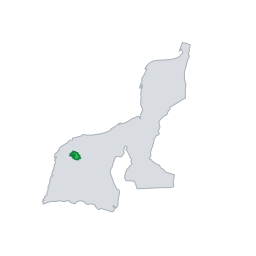 Rapale, Nampula, Mozambique (highlighted), rotated 198°
{"feature_id": "85939544B86182788788384", "entity_name": "Rapale", "entity_type": "district", "adm_level": 2, "iso_a3": "MOZ", "parent_name": "Mozambique", "parent_adm1": "Nampula", "projection": "orthographic", "projection_center": [39.169, -15.142], "detail": "fine", "context": "in_parent", "style": "filled", "palette": "green", "viewbox_px": 256, "rotation_deg": 198, "n_neighbors": 0, "source": "geoboundaries", "source_scale": "gbopen_adm2", "svg_char_len": 5901}
<svg xmlns="http://www.w3.org/2000/svg" viewBox="0 0 256 256"><g transform="rotate(198 128 128)"><path d="M82.7,174.1L84.2,172.8L94.1,161.0L94.7,160.5L93.8,158.6L95.0,156.4L95.1,152.9L95.5,152.3L97.0,151.1L99.1,147.5L100.3,144.7L100.5,143.3L98.3,139.6L97.7,137.6L98.2,135.8L98.4,134.2L98.1,133.6L96.8,133.0L96.6,132.3L96.6,131.4L96.8,130.9L98.3,130.1L98.6,129.7L99.7,125.2L99.1,121.9L99.0,118.1L99.2,114.1L99.0,111.9L97.9,109.4L97.7,107.5L98.4,106.2L98.5,105.5L96.1,105.1L94.9,104.1L90.3,102.5L86.9,102.4L83.9,99.9L81.6,99.6L78.6,97.8L69.5,97.8L69.2,97.6L68.6,92.0L68.2,90.1L67.0,88.2L66.6,86.8L66.7,85.9L71.6,83.6L81.5,80.3L83.7,79.3L100.5,73.0L101.0,73.3L102.8,76.2L105.7,79.5L106.4,79.0L110.5,78.4L111.1,77.9L112.3,77.6L113.7,77.4L114.2,77.6L115.8,79.6L116.4,83.5L116.5,86.1L116.4,88.0L115.2,90.2L114.4,93.0L113.1,94.5L113.2,95.2L114.7,96.8L115.0,97.4L114.9,98.9L115.2,99.4L116.5,100.3L117.5,101.6L121.3,105.5L122.2,106.2L123.0,106.3L123.3,107.1L123.2,108.0L122.6,108.5L122.8,109.3L123.5,109.8L125.2,109.7L125.4,109.4L125.3,106.0L124.6,104.0L123.9,103.0L125.2,99.2L126.0,98.2L128.8,97.7L130.0,97.4L130.5,96.9L130.9,95.7L131.2,92.3L131.3,89.2L131.0,87.4L131.3,84.6L131.9,82.9L131.6,82.5L131.3,80.2L124.2,71.0L120.2,67.0L119.5,66.6L117.3,66.2L116.2,64.7L115.1,56.4L113.5,50.5L115.7,46.4L116.4,43.9L116.9,43.5L118.9,43.3L125.8,43.2L127.5,43.4L128.3,43.2L130.1,41.6L131.6,41.6L133.6,42.6L134.7,43.4L134.9,44.2L136.3,44.6L138.8,44.6L140.6,44.2L141.7,43.3L142.9,42.9L144.2,42.8L145.1,43.1L145.8,43.7L147.0,44.2L148.8,44.5L150.8,44.0L152.9,42.9L154.2,41.7L154.8,39.7L155.2,39.5L158.2,39.2L159.9,39.6L162.0,40.8L165.5,38.6L167.8,37.9L169.9,37.9L171.7,37.3L173.1,36.3L174.6,35.6L177.6,34.8L179.6,33.7L185.2,29.5L185.8,30.7L186.9,31.9L185.5,33.1L186.8,33.9L185.8,35.1L185.7,35.9L186.1,36.7L185.5,38.1L184.7,39.1L184.5,39.9L185.2,41.3L184.8,43.8L185.9,48.0L185.6,49.3L185.8,52.6L185.4,53.8L186.1,54.2L186.5,55.5L186.1,57.8L184.9,58.8L184.8,59.7L186.3,59.7L186.3,62.6L186.1,63.4L186.4,64.4L186.0,65.5L186.5,70.1L186.5,73.4L186.6,73.9L187.9,74.5L187.9,75.4L187.0,76.6L187.1,78.4L188.0,77.0L188.6,77.0L189.1,77.6L189.1,79.6L189.4,80.6L189.3,81.4L187.7,83.1L187.6,84.7L187.0,84.9L186.7,85.3L187.1,86.2L187.1,87.1L186.0,89.6L180.8,95.7L180.7,96.7L179.3,98.6L177.9,98.9L177.1,99.4L177.7,101.1L170.8,105.4L170.1,106.0L169.0,107.6L166.7,108.4L164.2,108.5L163.8,108.8L158.2,110.8L157.1,111.8L154.7,112.7L151.0,114.8L147.9,116.9L144.5,119.9L144.0,121.6L142.4,123.7L140.0,126.3L138.6,128.4L138.5,129.3L137.6,129.6L136.9,128.7L136.6,130.4L136.0,130.6L135.3,130.2L132.3,132.1L130.0,134.2L126.9,138.2L122.3,142.1L121.2,142.2L119.7,140.9L118.9,140.8L120.1,142.2L120.1,145.4L119.6,149.2L119.7,150.0L123.0,153.9L124.6,158.6L124.8,161.0L126.4,164.0L127.2,168.6L127.2,172.9L127.9,173.5L128.2,172.9L128.2,170.2L128.6,169.5L129.1,169.6L129.5,171.0L129.7,172.6L129.2,175.9L129.4,177.3L130.2,179.5L129.4,182.2L128.2,189.5L128.5,190.0L129.2,190.1L129.5,189.3L129.9,189.3L130.1,189.8L129.6,192.7L129.1,193.9L127.2,197.0L126.1,198.4L124.4,199.7L120.2,201.8L112.0,204.9L106.8,207.3L102.8,210.1L101.0,212.0L100.4,214.1L99.1,216.3L100.4,218.1L102.0,219.4L102.6,217.2L103.0,217.1L102.7,226.2L97.1,226.5L95.4,226.2L94.5,226.3L94.2,222.6L93.4,219.8L93.5,217.7L93.4,216.7L92.2,216.0L91.7,213.8L92.3,212.1L91.6,198.3L89.2,191.6L86.2,186.9L85.9,184.5L84.4,179.1L82.7,174.1ZM117.3,49.8L118.0,49.4L118.1,48.8L117.7,48.4L117.2,48.5L117.1,49.6L117.3,49.8ZM116.8,48.6L116.2,48.1L115.8,48.2L115.6,48.7L116.1,49.2L116.6,49.2L116.8,48.6Z" fill="#d9dde1" stroke="#a8b0b8" stroke-width="1"/><path d="M175.0,84.0L174.9,84.0L174.9,83.9L174.7,83.9L174.2,83.9L173.9,83.9L173.8,84.0L173.7,84.0L173.5,83.9L173.4,83.9L173.3,84.0L173.2,84.0L173.1,83.9L172.9,84.0L172.6,83.9L172.4,83.9L172.2,83.8L172.0,83.7L171.9,83.4L171.7,83.3L171.4,83.3L171.4,83.2L171.1,82.9L171.0,82.7L170.9,82.7L170.7,82.7L170.6,82.4L170.4,82.5L170.2,82.6L169.9,82.5L169.9,82.4L169.7,82.2L169.4,82.2L169.2,82.0L168.9,82.2L168.8,82.3L168.7,82.4L168.4,82.4L168.2,82.3L168.0,82.2L168.0,82.3L167.9,82.3L167.6,82.4L167.4,82.4L167.1,82.5L167.0,82.4L166.9,82.3L166.7,82.4L166.5,82.5L166.4,82.4L166.1,82.4L165.9,82.4L165.6,82.8L165.5,82.7L165.4,82.9L165.4,83.0L165.5,83.3L165.6,83.6L165.7,83.8L165.7,84.0L165.8,84.1L165.7,84.2L165.4,84.0L165.2,84.0L164.9,84.0L164.7,84.2L164.2,84.3L164.1,84.5L163.9,84.6L164.0,84.8L164.3,84.9L164.5,84.9L164.6,85.0L164.8,85.1L165.1,85.2L165.2,85.3L165.3,85.3L165.4,85.5L165.5,85.6L165.4,85.6L165.4,85.8L165.1,86.0L165.2,86.3L165.3,86.4L165.3,86.6L165.5,86.7L165.8,86.7L166.0,86.7L166.0,86.8L166.3,86.9L166.3,87.0L166.5,87.0L166.8,87.3L167.0,87.3L167.3,87.4L167.4,87.5L167.5,87.5L167.8,87.7L167.8,87.8L168.0,87.9L168.1,88.0L168.0,88.3L167.9,88.4L167.9,88.5L168.0,88.6L168.3,88.8L168.5,88.6L168.7,88.4L168.8,88.4L169.0,88.5L169.2,88.4L169.3,88.4L169.5,88.3L169.9,88.4L169.9,88.5L170.0,88.5L170.3,88.7L170.4,88.8L170.5,88.8L170.7,89.0L170.8,89.1L171.0,89.0L171.3,88.8L171.5,88.9L171.8,88.7L172.0,88.6L172.1,88.8L172.3,88.8L172.2,88.7L172.1,88.4L172.3,88.4L172.4,88.2L172.5,88.0L172.5,87.9L172.7,88.0L172.8,88.0L173.0,88.0L173.1,87.8L173.3,87.7L173.5,87.8L173.6,87.6L173.6,87.4L173.5,87.2L173.5,86.9L173.5,86.6L173.5,86.4L173.8,86.4L173.8,86.2L174.0,86.0L174.2,85.9L174.4,85.8L174.4,85.7L174.5,85.7L174.7,85.8L174.8,85.8L174.8,85.7L174.7,85.5L174.8,85.4L174.7,85.3L174.7,85.2L174.5,84.8L174.5,84.7L174.4,84.7L174.5,84.6L174.7,84.2L174.8,84.1L175.0,84.0L175.0,84.0ZM169.9,84.9L169.9,84.7L170.0,84.6L170.1,84.4L170.2,84.1L170.3,84.2L170.4,84.3L170.6,84.2L170.6,84.3L170.8,84.2L171.0,84.3L171.1,84.2L171.3,84.2L171.3,84.3L171.5,84.4L171.7,84.2L171.8,84.2L172.0,84.3L172.3,84.3L172.2,84.7L172.1,84.8L172.1,85.2L172.0,85.3L172.1,85.6L171.9,85.8L171.7,85.9L171.6,86.0L171.4,86.0L171.3,85.9L171.2,86.0L170.9,86.0L170.7,86.2L170.6,86.3L170.5,86.2L170.4,86.1L170.2,86.1L170.1,85.9L169.9,85.4L169.9,85.1L169.9,84.9Z" fill="#22c55e" stroke="#15803d" stroke-width="1.5"/></g></svg>